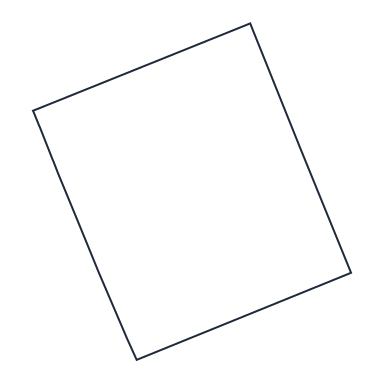 Wayne, Iowa, United States of America, rotated 68°
{"feature_id": "52423323B91237722632689", "entity_name": "Wayne", "entity_type": "district", "adm_level": 2, "iso_a3": "USA", "parent_name": "United States of America", "parent_adm1": "Iowa", "projection": "natural_earth1", "projection_center": [-93.366, 40.739], "detail": "fine", "context": "isolated", "style": "outline", "palette": "slate", "viewbox_px": 384, "rotation_deg": 68, "n_neighbors": 0, "source": "geoboundaries", "source_scale": "gbopen_adm2", "svg_char_len": 394}
<svg xmlns="http://www.w3.org/2000/svg" viewBox="0 0 384 384"><g transform="rotate(68 192 192)"><path d="M326.5,74.8L191.8,75.2L57.5,74.9L57.1,309.0L58.8,308.9L62.2,308.9L74.0,308.9L74.3,308.8L76.4,308.8L110.0,309.1L110.9,309.0L124.7,309.2L164.2,308.9L181.2,308.8L197.6,308.7L231.0,308.6L304.3,307.1L326.2,306.2L326.9,306.2L326.5,74.8Z" fill="none" stroke="#1e293b" stroke-width="2"/></g></svg>